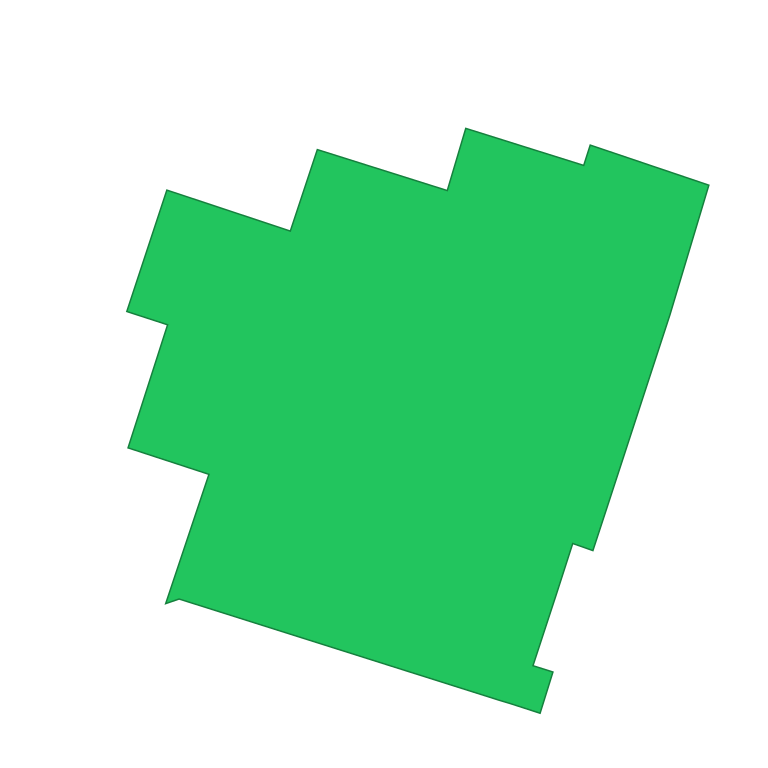 the district of Fairfield, Ohio, United States of America, rotated 194°
{"feature_id": "52423323B60724250997999", "entity_name": "Fairfield", "entity_type": "district", "adm_level": 2, "iso_a3": "USA", "parent_name": "United States of America", "parent_adm1": "Ohio", "projection": "mercator", "projection_center": [-82.654, 39.748], "detail": "fine", "context": "isolated", "style": "filled", "palette": "green", "viewbox_px": 768, "rotation_deg": 194, "n_neighbors": 0, "source": "geoboundaries", "source_scale": "gbopen_adm2", "svg_char_len": 471}
<svg xmlns="http://www.w3.org/2000/svg" viewBox="0 0 768 768"><g transform="rotate(194 384 384)"><path d="M137.9,315.6L123.3,520.1L116.9,655.5L241.7,665.7L243.1,644.4L366.5,651.8L369.4,587.0L505.4,595.3L511.9,509.7L641.6,519.6L651.1,392.1L608.3,389.1L616.9,260.1L532.0,254.0L542.7,118.1L530.8,125.8L195.4,105.0L184.6,104.5L152.9,102.3L150.4,145.4L171.3,146.7L165.9,221.3L162.3,274.9L141.0,272.9L137.9,315.6Z" fill="#22c55e" stroke="#15803d" stroke-width="1.5"/></g></svg>